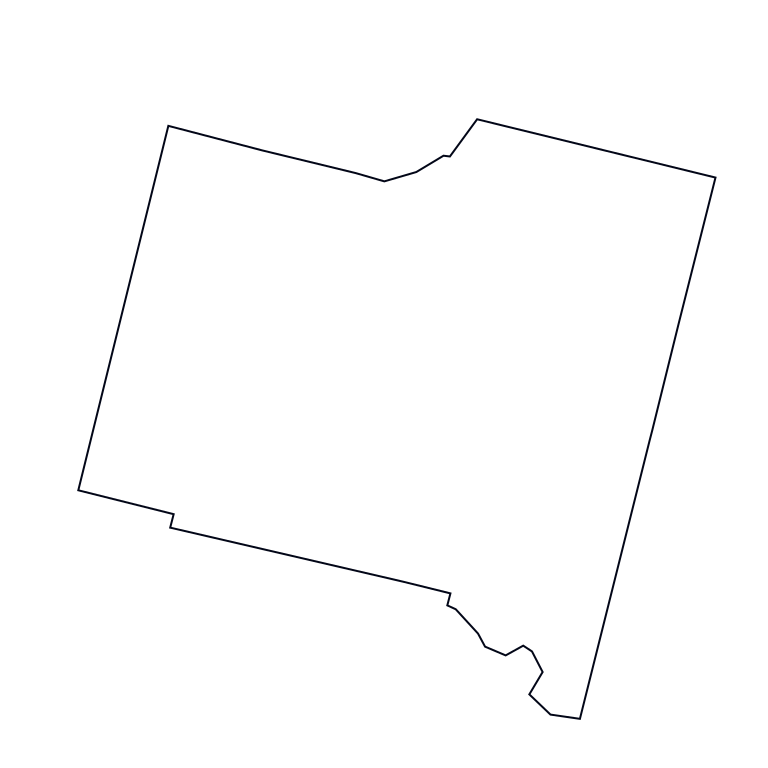 the district of Latah, Idaho, United States of America, rotated 194°
{"feature_id": "52423323B55768154384777", "entity_name": "Latah", "entity_type": "district", "adm_level": 2, "iso_a3": "USA", "parent_name": "United States of America", "parent_adm1": "Idaho", "projection": "robinson", "projection_center": [-116.78, 46.836], "detail": "fine", "context": "isolated", "style": "outline", "palette": "ink", "viewbox_px": 768, "rotation_deg": 194, "n_neighbors": 0, "source": "geoboundaries", "source_scale": "gbopen_adm2", "svg_char_len": 526}
<svg xmlns="http://www.w3.org/2000/svg" viewBox="0 0 768 768"><g transform="rotate(194 384 384)"><path d="M112.9,106.5L112.6,393.8L112.5,403.7L112.7,513.5L112.3,664.5L357.7,663.4L375.1,620.7L381.5,619.9L403.9,597.5L432.7,580.7L462.5,581.8L558.9,581.2L655.7,582.3L655.1,290.1L654.9,206.9L556.6,206.8L556.7,192.9L317.8,196.8L268.9,196.9L269.0,184.5L259.9,182.8L232.4,164.6L222.4,153.6L200.3,150.1L185.6,163.8L175.7,160.3L160.4,142.9L167.9,118.0L142.5,103.5L112.9,106.5Z" fill="none" stroke="#020617" stroke-width="2"/></g></svg>